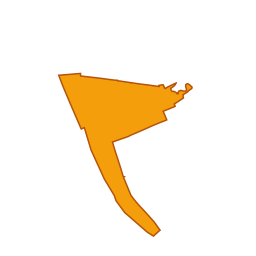 the district of Banjul Central, Gambia, rotated 217°
{"feature_id": "56634734B44527271765824", "entity_name": "Banjul Central", "entity_type": "district", "adm_level": 2, "iso_a3": "GMB", "parent_name": "Gambia", "parent_adm1": "", "projection": "albers", "projection_center": [-16.581, 13.457], "detail": "fine", "context": "isolated", "style": "filled", "palette": "amber", "viewbox_px": 256, "rotation_deg": 217, "n_neighbors": 0, "source": "geoboundaries", "source_scale": "gbopen_adm2", "svg_char_len": 1933}
<svg xmlns="http://www.w3.org/2000/svg" viewBox="0 0 256 256"><g transform="rotate(217 128 128)"><path d="M215.1,128.5L214.7,128.2L205.8,122.6L192.7,115.0L187.7,112.1L165.2,99.3L164.7,99.1L163.1,102.0L158.8,98.9L144.3,88.2L130.6,80.8L115.8,72.8L110.7,70.8L98.3,65.8L97.0,64.9L93.8,62.7L79.8,58.5L49.7,56.4L42.8,57.0L42.6,57.0L41.0,65.5L40.9,65.7L43.0,66.3L50.5,68.7L61.6,70.9L63.6,71.3L70.0,72.4L73.6,73.1L77.9,74.0L83.8,75.6L85.0,75.9L101.7,85.8L101.6,86.9L102.5,86.4L103.2,86.8L110.2,91.9L118.4,97.7L121.6,99.9L122.9,100.8L130.4,106.3L131.2,106.9L131.7,107.3L132.0,107.5L131.9,107.6L129.8,110.7L126.5,115.7L123.4,120.3L122.3,121.9L122.3,122.4L121.3,124.2L117.0,131.7L115.7,134.0L112.8,139.2L111.7,141.2L109.7,144.8L108.7,146.5L106.8,149.7L106.5,150.3L105.6,151.7L104.5,153.5L103.9,154.5L101.9,157.8L102.0,157.9L104.3,159.2L104.6,159.4L110.0,162.5L109.9,162.7L107.7,166.3L106.7,168.0L106.3,168.8L105.5,170.0L104.7,171.4L104.3,172.0L103.8,173.0L103.4,173.8L105.5,174.9L101.8,185.3L102.4,185.8L102.8,186.1L104.0,187.8L102.2,192.4L101.8,195.0L100.8,197.9L101.4,199.2L106.0,199.6L107.5,198.9L107.9,197.3L107.1,196.0L105.4,194.7L104.5,194.2L104.0,192.5L105.5,191.1L108.5,189.8L109.5,188.3L109.5,186.5L108.6,185.7L109.4,184.9L110.8,185.3L113.3,184.9L114.7,183.8L116.6,184.2L117.7,185.4L117.5,185.6L116.4,189.8L116.4,191.9L116.7,192.8L117.4,191.6L120.7,185.2L121.6,183.1L122.1,181.8L123.4,182.1L123.4,182.4L123.9,182.6L124.5,182.9L125.3,183.4L125.9,183.7L126.6,183.1L127.1,182.6L127.4,182.3L127.8,181.8L128.3,181.3L129.0,180.5L128.2,179.8L136.7,175.1L139.0,173.8L144.7,170.5L148.8,168.2L152.2,166.4L152.8,165.8L152.9,166.0L153.6,165.6L163.0,160.5L164.4,159.5L164.7,159.7L165.0,159.9L165.2,159.7L165.7,159.3L167.5,158.2L169.7,156.9L172.1,155.5L179.3,151.5L197.2,141.0L197.5,141.3L198.5,142.7L198.6,142.8L198.7,143.0L199.2,142.6L208.7,134.1L210.2,132.8L214.4,129.0L215.1,128.5Z" fill="#f59e0b" stroke="#b45309" stroke-width="1.5"/></g></svg>